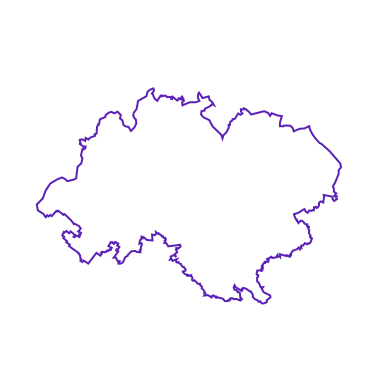 outline of Benito Juárez, Veracruz, Mexico, rotated 118°
{"feature_id": "50627088B60276405094260", "entity_name": "Benito Juárez", "entity_type": "district", "adm_level": 2, "iso_a3": "MEX", "parent_name": "Mexico", "parent_adm1": "Veracruz", "projection": "robinson", "projection_center": [-98.167, 20.817], "detail": "fine", "context": "isolated", "style": "outline", "palette": "violet", "viewbox_px": 384, "rotation_deg": 118, "n_neighbors": 0, "source": "geoboundaries", "source_scale": "gbopen_adm2", "svg_char_len": 5995}
<svg xmlns="http://www.w3.org/2000/svg" viewBox="0 0 384 384"><g transform="rotate(118 192 192)"><path d="M101.0,232.4L102.9,232.5L106.1,230.9L108.1,228.2L111.2,231.1L113.7,236.0L119.9,241.1L117.7,242.7L114.8,242.2L112.4,245.5L113.7,245.9L115.0,243.5L115.6,247.8L116.9,247.3L118.2,248.0L117.0,253.8L119.2,253.2L119.6,254.1L118.0,254.5L118.1,255.4L120.0,258.7L119.3,260.0L120.0,261.8L120.9,262.5L120.7,263.4L121.8,263.9L121.6,264.9L127.8,265.5L127.0,269.1L124.1,272.5L123.9,273.6L120.4,273.1L119.0,274.2L118.7,274.8L121.3,277.0L124.3,278.3L128.8,277.2L137.0,282.4L144.6,279.9L149.4,280.6L152.2,279.8L154.1,276.9L154.3,275.6L157.7,273.3L162.1,273.2L166.8,274.6L164.4,278.4L165.3,282.0L165.0,283.9L161.4,287.1L160.9,290.1L157.5,291.0L156.0,295.3L159.0,297.6L159.1,300.8L161.1,302.8L164.7,304.3L166.5,303.8L171.0,307.4L175.5,306.0L176.2,306.7L176.7,306.0L178.7,306.6L185.3,303.7L186.8,305.1L187.9,304.0L191.9,307.5L194.3,308.0L194.2,311.3L197.0,310.3L197.1,313.8L198.7,315.6L201.0,313.5L201.0,314.0L202.2,313.7L202.9,309.3L201.8,307.2L203.8,306.8L204.2,308.1L205.2,307.7L205.5,308.9L212.0,307.1L213.8,304.5L218.7,303.2L223.4,304.9L234.3,300.7L236.7,302.3L240.9,307.2L240.1,310.2L240.2,313.6L243.8,316.7L251.0,321.1L259.7,321.9L267.8,320.7L275.9,323.2L280.6,319.4L281.1,313.0L282.9,309.4L280.5,309.0L280.9,307.1L278.8,306.4L279.1,304.5L272.3,302.9L272.5,301.6L271.3,301.2L272.6,294.9L271.4,294.6L271.7,292.8L274.0,284.8L275.8,281.3L275.1,281.0L275.1,275.9L276.4,273.1L280.3,273.9L280.1,270.8L282.4,270.5L282.5,271.7L283.6,271.5L283.5,270.4L284.6,270.3L284.8,274.2L287.0,274.4L287.1,275.5L285.0,274.9L283.8,280.7L286.1,281.1L285.4,284.7L287.7,285.5L287.5,286.4L291.3,286.1L291.6,283.8L293.1,284.0L294.1,279.2L295.4,279.4L295.9,275.0L297.5,275.2L299.1,263.3L299.7,263.3L300.4,261.2L303.4,259.1L303.4,258.1L305.2,258.2L305.2,255.9L303.4,255.6L303.9,250.0L290.6,247.8L291.2,243.0L288.6,242.8L288.3,243.8L287.0,243.3L285.8,240.1L283.5,239.5L283.6,238.3L281.3,237.9L281.3,236.6L279.0,236.6L279.0,240.4L274.4,240.2L274.4,238.4L273.9,238.5L274.5,236.6L272.2,236.5L272.3,232.8L274.5,232.9L274.6,230.3L278.1,230.4L277.9,231.6L279.2,231.7L279.2,229.2L286.7,230.3L285.7,228.5L287.8,225.2L287.1,223.4L289.2,223.8L289.8,223.3L288.8,221.5L286.6,220.0L280.5,220.3L278.6,218.8L277.4,219.1L272.7,217.6L270.7,214.3L270.8,212.3L269.4,209.3L267.9,210.7L267.5,210.0L264.2,211.4L261.6,211.6L260.9,212.9L262.4,214.2L259.1,215.3L257.5,214.7L255.3,215.5L255.8,213.7L254.6,213.7L255.5,209.2L253.3,204.1L248.3,207.3L247.5,204.5L245.6,204.2L244.3,205.0L244.9,202.6L244.1,202.2L244.7,201.4L244.5,199.5L245.3,197.5L244.7,197.2L245.9,195.0L245.1,194.0L246.5,192.6L247.9,193.3L248.8,192.2L249.8,192.4L249.1,191.0L251.1,187.4L244.2,177.7L245.5,176.5L247.6,177.2L248.8,179.3L249.6,178.3L250.3,179.2L252.2,176.8L255.0,178.0L256.8,175.4L256.1,178.0L258.0,179.9L259.1,180.5L260.2,179.4L262.0,179.6L261.1,178.3L261.9,176.7L258.5,173.9L260.0,174.1L261.0,173.1L261.3,172.1L260.2,171.2L261.0,169.7L260.8,167.9L262.2,166.1L262.5,164.5L262.0,164.1L263.3,161.2L264.6,160.9L266.5,162.8L267.3,161.8L267.8,159.0L267.3,157.9L267.9,157.4L267.2,156.5L267.9,156.1L266.0,153.9L266.9,153.8L266.8,152.4L267.9,151.1L269.6,150.7L269.9,149.3L268.8,148.3L270.3,143.5L269.2,141.9L270.5,140.9L270.8,138.9L272.5,138.2L273.2,135.7L274.0,134.2L275.1,133.9L274.6,133.6L275.8,132.0L277.5,132.4L275.7,129.7L275.7,126.4L276.5,124.5L275.4,125.9L273.3,124.8L273.7,123.9L273.0,121.9L274.1,121.6L273.7,120.3L273.0,120.1L271.7,114.3L272.9,112.0L272.6,110.9L270.9,108.6L270.5,109.1L269.0,107.6L268.3,108.4L267.6,107.9L266.8,106.4L267.2,105.1L265.6,102.6L265.2,98.6L264.4,98.9L264.6,98.5L263.3,97.6L261.8,100.3L258.5,102.5L258.4,104.4L258.9,104.6L257.7,106.7L258.4,107.9L258.0,108.9L256.5,110.5L254.3,110.6L255.5,108.9L256.0,101.6L254.6,101.5L254.2,102.4L252.6,101.8L252.0,98.7L252.6,93.9L252.1,93.5L253.9,90.4L256.1,88.9L257.1,86.1L256.8,83.3L257.6,81.6L256.4,80.5L257.5,78.4L256.8,76.4L254.2,74.3L252.3,75.2L248.3,73.3L247.1,74.0L246.6,74.5L246.9,81.5L244.8,84.9L242.6,84.6L243.8,86.7L240.8,90.4L240.4,92.4L237.1,94.3L235.8,93.9L234.3,94.6L234.6,95.8L234.1,96.5L230.7,97.5L228.9,94.5L229.2,93.8L228.3,93.1L226.7,93.5L227.0,94.7L225.9,95.1L225.0,94.3L224.3,95.7L223.0,95.1L221.3,95.4L220.5,94.2L219.4,94.9L218.3,92.6L216.8,93.0L216.0,94.3L215.3,93.8L216.3,92.4L214.6,93.0L212.8,92.1L212.8,91.5L212.0,91.5L212.3,89.6L210.6,87.6L208.9,86.3L208.5,87.0L207.4,86.9L209.0,85.7L207.5,84.6L207.9,83.7L205.6,85.0L204.2,78.5L203.3,78.5L203.4,76.0L202.3,76.0L202.7,75.1L201.0,74.8L200.6,75.8L196.5,75.4L193.1,72.3L190.9,71.8L192.0,69.9L189.3,70.0L189.5,69.5L187.9,70.4L187.1,68.8L184.1,68.3L184.2,65.8L182.6,65.3L182.4,64.2L181.2,63.7L176.7,64.3L177.0,65.3L176.2,66.8L175.2,66.5L173.2,69.6L170.9,70.4L169.4,72.4L169.3,71.9L167.8,72.4L167.7,74.9L166.5,75.1L167.1,77.6L165.9,79.9L166.0,82.4L169.5,83.5L167.4,86.1L167.9,86.3L166.4,88.7L163.8,91.6L160.1,88.1L154.3,84.8L155.9,82.3L156.0,80.0L153.4,79.9L152.4,77.4L151.5,77.3L151.0,75.8L148.2,77.1L147.0,75.6L147.7,74.6L146.8,73.8L144.4,73.5L142.1,74.7L140.3,74.2L139.7,73.6L139.7,71.2L134.1,73.1L132.8,74.3L130.3,66.2L130.8,65.1L132.3,64.7L133.2,62.2L130.3,60.8L130.2,61.4L127.9,62.2L128.8,63.0L128.6,64.5L125.5,64.0L125.1,66.9L122.3,68.4L120.8,70.3L117.2,70.0L107.1,71.0L104.1,72.7L100.2,72.0L97.2,74.5L91.3,89.8L88.7,100.6L88.8,102.5L87.1,107.2L84.8,112.2L81.6,117.0L78.8,119.5L83.0,122.5L85.8,126.8L90.6,130.6L88.2,133.2L87.3,136.3L90.1,141.9L91.0,142.1L92.6,145.2L89.6,146.9L82.8,148.3L84.4,152.9L85.0,158.6L88.1,158.8L86.4,161.9L86.8,166.2L95.8,176.2L94.6,178.8L93.6,183.8L93.7,185.4L94.8,185.1L96.0,187.7L98.0,186.4L99.1,184.3L101.1,185.5L101.1,188.1L107.0,188.5L108.0,189.0L108.5,190.4L110.2,190.0L112.0,191.2L115.0,190.0L115.5,191.2L118.1,189.7L123.4,189.7L127.1,190.9L130.5,190.2L127.7,193.1L124.4,204.7L120.4,210.4L120.6,217.0L119.2,220.5L115.9,221.6L114.4,219.2L112.4,219.7L107.4,216.1L104.9,215.6L104.9,213.6L103.1,216.5L102.4,219.7L99.8,222.2L104.1,226.7L101.0,232.4Z" fill="none" stroke="#5b21b6" stroke-width="2"/></g></svg>